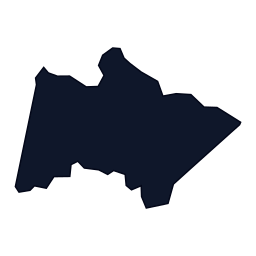 Powhatan, Virginia, United States of America (Natural Earth projection)
{"feature_id": "52423323B68084475698233", "entity_name": "Powhatan", "entity_type": "district", "adm_level": 2, "iso_a3": "USA", "parent_name": "United States of America", "parent_adm1": "Virginia", "projection": "natural_earth1", "projection_center": [-77.916, 37.554], "detail": "fine", "context": "isolated", "style": "filled", "palette": "ink", "viewbox_px": 256, "rotation_deg": 0, "n_neighbors": 0, "source": "geoboundaries", "source_scale": "gbopen_adm2", "svg_char_len": 668}
<svg xmlns="http://www.w3.org/2000/svg" viewBox="0 0 256 256"><path d="M240.6,122.3L217.0,107.5L204.0,107.1L190.9,94.6L176.1,93.7L162.9,96.1L157.6,81.4L141.1,72.0L129.8,63.4L124.0,58.1L120.0,48.6L112.7,48.0L102.7,55.2L98.6,65.4L104.1,75.4L98.1,86.5L86.2,86.9L69.6,76.1L57.4,76.2L48.3,72.9L43.7,67.4L35.6,78.0L36.5,84.7L15.4,186.6L19.0,192.1L30.0,190.3L34.4,185.8L46.3,188.2L53.9,176.6L69.8,176.4L71.0,164.6L77.8,161.2L84.3,168.0L98.7,169.8L107.7,174.4L113.6,170.5L125.2,174.4L126.2,185.4L131.5,189.8L141.2,185.7L141.6,196.6L146.3,208.0L168.0,203.4L173.4,184.1L190.0,169.1L230.8,132.5L239.6,124.7L240.6,122.3Z" fill="#0f172a" stroke="#020617" stroke-width="1.5"/></svg>